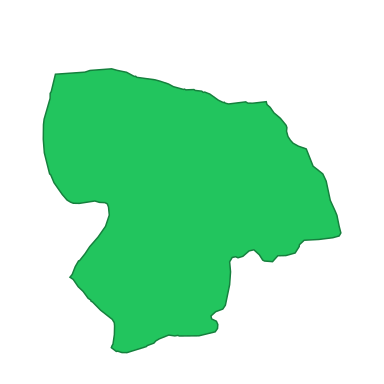 outline of Patzún, Chimaltenango, Guatemala, rotated 78°
{"feature_id": "79465075B61157694740062", "entity_name": "Patzún", "entity_type": "district", "adm_level": 2, "iso_a3": "GTM", "parent_name": "Guatemala", "parent_adm1": "Chimaltenango", "projection": "mercator", "projection_center": [-91.025, 14.656], "detail": "fine", "context": "isolated", "style": "filled", "palette": "green", "viewbox_px": 384, "rotation_deg": 78, "n_neighbors": 0, "source": "geoboundaries", "source_scale": "gbopen_adm2", "svg_char_len": 1834}
<svg xmlns="http://www.w3.org/2000/svg" viewBox="0 0 384 384"><g transform="rotate(78 192 192)"><path d="M327.5,303.3L332.2,299.2L332.3,297.7L334.5,293.9L335.6,289.0L333.7,268.8L332.9,267.6L331.9,260.7L330.1,258.3L328.8,254.4L327.1,244.5L329.2,238.7L329.3,235.6L330.2,234.4L334.1,215.1L333.6,198.4L330.8,195.4L327.0,194.3L323.5,195.0L320.2,199.2L317.2,199.2L314.0,193.7L312.9,186.2L309.7,182.9L290.6,174.5L278.1,170.9L268.1,169.7L264.4,166.3L264.4,162.7L265.9,160.7L265.5,155.6L261.5,148.4L261.4,143.5L267.4,139.2L273.3,137.0L274.6,135.4L276.9,127.7L272.2,121.3L273.7,113.4L273.1,103.8L267.7,98.5L265.9,97.9L262.5,92.3L264.8,77.8L266.0,63.7L265.6,57.2L263.0,54.9L256.1,55.2L245.0,55.1L240.6,55.9L228.9,58.5L209.3,58.5L201.5,60.3L191.9,68.2L173.6,71.3L169.3,78.4L165.3,83.0L161.8,85.0L157.7,86.6L152.2,86.9L148.8,85.8L146.3,86.1L138.3,90.2L131.6,95.4L125.6,97.9L122.0,100.5L119.1,100.6L117.8,114.0L116.7,118.9L115.0,120.7L113.5,137.9L112.0,141.0L110.9,141.8L111.0,142.8L107.7,147.1L99.9,154.2L96.9,158.8L96.9,160.3L95.4,161.5L93.3,167.8L92.2,168.8L90.8,176.8L89.8,178.0L89.9,179.0L85.1,188.3L81.5,192.5L76.8,200.5L74.6,204.8L68.3,222.3L67.1,223.0L66.9,224.5L61.3,231.1L57.5,239.8L54.8,245.0L51.9,266.5L52.5,271.9L48.4,301.1L64.5,308.8L66.0,310.2L70.9,311.3L90.0,321.5L95.3,323.3L109.5,326.5L123.0,328.3L144.7,327.5L145.9,326.6L154.3,325.0L167.5,319.4L173.9,315.9L176.6,313.0L178.3,310.5L179.7,304.6L180.6,288.9L182.9,284.7L184.3,279.4L186.0,277.3L189.3,276.8L197.4,277.7L207.6,283.7L216.6,293.3L224.2,303.4L230.1,309.4L235.8,316.3L235.8,317.3L240.7,321.7L247.7,326.3L250.0,329.1L252.8,326.4L261.0,323.0L266.7,319.1L274.4,315.7L276.5,313.6L277.9,313.4L278.8,312.2L288.7,305.9L300.1,296.4L301.7,295.9L303.6,295.2L307.0,295.6L315.4,297.6L324.3,300.9L325.9,302.3L327.5,303.3Z" fill="#22c55e" stroke="#15803d" stroke-width="1.5"/></g></svg>